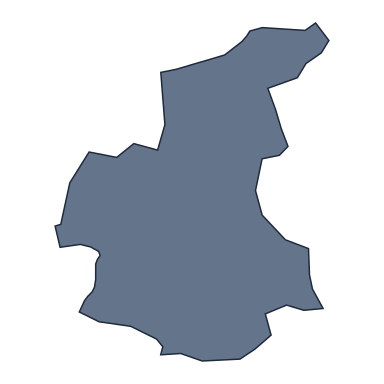 Kandavas, orthographic projection
{"feature_id": "LVA-5765", "entity_name": "Kandavas", "entity_type": "Municipality", "adm_level": 1, "iso_a3": "LVA", "parent_name": "Latvia", "parent_adm1": "", "projection": "orthographic", "projection_center": [22.707, 56.973], "detail": "fine", "context": "isolated", "style": "filled", "palette": "slate", "viewbox_px": 384, "rotation_deg": 0, "n_neighbors": 0, "source": "natural_earth", "source_scale": "10m", "svg_char_len": 832}
<svg xmlns="http://www.w3.org/2000/svg" viewBox="0 0 384 384"><path d="M60.1,247.3L55.1,226.1L60.8,224.3L69.8,182.8L89.1,152.0L116.7,157.4L133.8,143.6L157.6,150.1L164.9,124.7L160.8,72.4L175.8,69.4L224.6,55.0L242.0,41.5L246.6,36.2L249.9,31.0L262.3,27.6L305.1,30.4L315.6,23.0L328.9,40.5L321.3,52.9L306.0,63.5L297.4,77.7L267.8,88.3L275.5,109.4L281.3,128.8L288.0,146.4L279.4,155.3L262.1,158.8L255.5,190.6L262.2,215.2L285.4,239.8L308.5,248.6L309.5,275.0L312.5,289.1L323.1,308.5L303.9,310.3L286.5,305.1L265.3,313.9L271.1,335.1L254.8,349.2L240.0,359.1L202.2,361.0L180.7,353.5L160.7,354.8L162.8,346.8L156.6,339.1L130.7,326.3L99.1,321.8L79.3,312.0L84.5,300.7L87.8,296.3L92.2,291.8L94.5,287.1L95.7,279.4L95.7,263.9L97.5,259.2L100.1,255.6L98.7,251.5L90.8,247.0L80.3,244.4L60.1,247.3Z" fill="#64748b" stroke="#1e293b" stroke-width="1.5"/></svg>